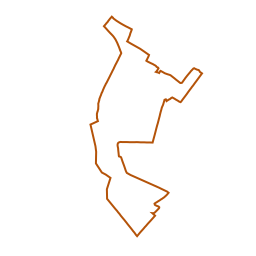 Marg, Al Qahirah, Egypt (Natural Earth projection), rotated 114°
{"feature_id": "37247803B51665438591487", "entity_name": "Marg", "entity_type": "district", "adm_level": 2, "iso_a3": "EGY", "parent_name": "Egypt", "parent_adm1": "Al Qahirah", "projection": "natural_earth1", "projection_center": [31.344, 30.156], "detail": "fine", "context": "isolated", "style": "outline", "palette": "amber", "viewbox_px": 256, "rotation_deg": 114, "n_neighbors": 0, "source": "geoboundaries", "source_scale": "gbopen_adm2", "svg_char_len": 5569}
<svg xmlns="http://www.w3.org/2000/svg" viewBox="0 0 256 256"><g transform="rotate(114 128 128)"><path d="M47.5,85.1L46.7,86.2L46.3,87.0L46.4,87.6L46.6,88.4L46.6,89.3L46.6,90.1L46.6,91.0L46.5,91.9L47.2,92.5L47.8,92.7L48.4,92.9L50.3,93.6L51.0,93.8L52.0,94.0L52.9,94.3L53.6,94.5L56.1,95.2L56.9,95.4L58.5,95.8L59.3,96.0L59.9,96.1L60.6,96.2L61.3,96.4L61.8,96.5L62.4,96.6L63.2,96.8L64.0,96.9L64.9,97.2L65.6,98.5L65.2,100.2L64.9,101.3L64.4,103.4L64.1,104.5L63.8,105.5L63.0,108.7L62.8,109.5L62.6,110.2L62.5,111.1L62.6,112.0L62.8,113.7L63.0,116.3L63.0,117.0L62.9,117.7L62.8,118.4L62.8,119.2L62.6,120.5L62.6,121.6L65.1,121.9L65.0,122.9L65.3,124.0L65.4,125.3L64.7,125.0L63.9,124.8L63.3,124.7L62.5,124.6L61.1,124.4L60.6,125.0L60.6,126.2L60.4,127.0L60.0,127.6L59.8,128.5L59.7,129.8L59.5,131.4L59.5,132.9L59.4,135.6L59.3,137.5L59.1,138.6L57.2,138.5L54.1,138.4L52.7,138.5L52.2,141.2L51.5,144.8L50.7,149.1L50.0,156.7L49.7,159.9L49.2,164.0L48.4,163.9L47.1,163.9L44.3,164.0L43.1,164.0L42.3,164.1L40.3,164.4L39.2,164.4L38.2,164.5L37.4,164.5L36.3,164.7L36.0,169.5L36.0,170.7L35.7,174.5L35.4,177.4L34.7,182.2L33.8,186.1L33.4,186.5L32.9,188.1L33.3,188.2L34.2,188.5L34.7,188.6L35.1,188.8L35.8,189.0L36.5,189.1L36.8,189.2L37.1,189.3L37.4,189.4L38.0,189.5L38.5,189.6L38.8,189.7L39.0,189.7L39.3,189.7L39.4,189.8L39.9,189.9L41.0,190.3L41.4,190.4L42.2,190.6L43.0,190.8L43.4,191.0L44.4,191.2L44.5,191.3L44.8,191.4L44.9,191.2L45.2,190.5L45.4,189.8L45.6,189.5L46.0,188.5L46.8,186.8L47.6,185.0L48.1,183.8L48.3,183.4L48.7,182.3L48.9,182.0L48.9,181.9L49.0,181.5L49.3,180.8L49.5,180.4L49.8,179.6L50.1,179.0L50.2,178.8L50.4,178.4L51.2,177.0L51.6,176.5L51.7,176.2L51.9,176.0L52.0,175.7L52.3,175.3L53.7,173.6L54.1,173.1L54.3,172.8L54.8,172.3L55.0,172.1L55.1,171.9L55.4,171.6L55.6,171.5L55.9,171.1L56.1,170.9L56.3,170.7L57.5,169.4L58.7,168.2L59.3,167.6L59.5,167.5L59.7,167.2L59.9,167.1L60.0,166.9L60.4,166.6L61.1,165.8L61.9,165.0L62.4,164.6L62.6,164.6L63.1,164.6L63.5,164.6L64.4,164.7L64.7,164.7L65.7,164.7L66.0,164.7L67.3,164.8L67.6,164.8L68.3,164.8L68.5,164.8L68.9,164.8L69.1,164.8L69.5,164.8L69.8,164.8L70.2,164.8L70.9,164.9L71.6,164.9L71.8,164.9L72.3,165.0L72.9,165.0L73.6,165.0L74.0,165.1L74.5,165.1L74.8,165.1L75.0,165.1L75.6,165.2L75.8,165.2L76.1,165.2L76.5,165.2L77.0,165.2L77.4,165.2L77.6,165.2L78.5,165.3L79.3,165.2L80.7,165.3L82.2,165.4L83.4,165.4L84.7,165.5L85.5,165.5L86.9,165.6L87.6,165.6L95.6,166.0L95.9,166.1L96.1,166.1L96.4,166.1L96.6,166.2L96.9,166.2L97.5,166.2L97.8,166.2L98.3,166.2L98.6,166.2L99.1,166.3L99.3,166.3L99.8,166.3L100.2,166.3L100.7,166.3L101.7,166.3L102.6,166.3L102.8,166.3L103.9,166.3L104.3,166.2L104.9,166.2L105.6,166.2L106.3,166.2L106.4,166.3L106.6,166.3L106.9,166.3L108.1,166.2L108.7,166.1L109.1,166.1L110.0,166.1L110.5,166.1L111.8,166.0L112.1,166.0L112.4,166.0L112.8,166.0L113.0,165.9L113.3,165.9L113.5,165.9L113.8,165.7L114.1,165.6L114.5,165.6L114.8,165.5L115.1,165.5L116.0,165.3L117.0,165.2L117.4,165.1L117.8,165.1L118.0,165.0L118.2,164.9L118.4,164.8L118.8,164.6L119.4,164.3L119.6,164.2L120.1,164.0L120.5,163.8L121.4,163.5L121.6,163.4L121.9,163.3L122.0,163.3L122.1,163.2L122.3,163.1L122.7,162.9L123.5,162.8L124.1,162.7L124.7,162.6L125.0,162.5L125.3,162.5L125.7,162.5L125.9,162.5L126.0,162.5L126.2,162.4L126.9,162.3L127.3,162.2L127.6,162.2L127.8,162.1L128.0,162.0L128.3,161.9L128.8,161.7L129.9,161.1L130.5,160.8L131.0,160.6L131.4,160.5L131.9,160.1L132.3,159.6L132.9,159.2L133.0,159.1L133.5,158.8L133.7,158.5L133.9,158.4L134.0,158.3L138.2,162.0L140.1,163.7L157.9,150.3L162.7,147.4L173.4,142.9L179.3,133.8L179.6,129.4L180.7,123.7L192.5,122.4L201.2,118.3L207.1,106.6L208.2,104.2L209.0,102.8L210.0,100.7L211.0,99.0L212.2,96.6L213.7,93.5L214.2,92.6L215.0,91.0L215.9,89.4L218.0,85.3L218.5,84.3L220.2,81.2L220.8,79.9L221.3,79.0L222.3,77.4L223.1,75.7L219.1,74.6L218.4,74.4L213.8,72.9L211.3,72.2L210.6,71.9L207.2,70.9L203.7,69.7L197.1,67.6L196.6,69.0L195.9,71.1L195.7,70.5L195.2,69.8L194.6,69.3L193.9,69.0L192.4,68.4L191.1,67.9L189.1,67.2L188.5,67.0L187.7,67.2L187.3,68.2L187.4,69.3L187.4,70.2L187.4,71.5L187.2,72.3L186.3,73.0L185.4,72.5L184.7,72.0L183.4,71.1L182.7,70.7L181.3,69.7L179.6,68.7L179.0,68.2L177.6,67.4L177.0,67.0L176.4,66.7L175.8,66.4L175.2,66.2L174.7,65.9L174.1,65.7L173.4,65.4L172.1,65.0L171.4,64.8L170.7,64.6L170.2,66.3L170.0,73.2L169.9,75.3L169.9,85.7L169.9,89.0L169.9,94.1L169.9,97.2L169.9,100.3L169.9,106.6L169.5,110.8L168.9,111.6L168.0,112.6L164.3,116.0L160.4,119.8L159.8,120.3L159.3,120.8L158.5,121.5L157.7,122.3L157.4,122.9L157.5,123.8L157.6,124.7L157.1,125.1L156.0,125.7L154.1,126.8L153.1,127.4L151.5,128.3L150.5,128.8L150.0,129.2L149.3,129.7L148.4,130.3L147.6,130.7L146.8,130.9L146.1,131.0L145.2,130.7L144.4,130.0L143.7,129.0L143.4,128.1L142.8,126.6L142.3,125.6L141.2,123.1L140.9,122.2L140.6,121.5L140.3,120.7L140.0,120.1L139.2,118.2L138.5,116.6L138.1,115.8L137.6,114.8L137.2,113.9L136.2,111.3L135.8,110.2L134.6,107.6L133.7,105.3L132.9,103.4L132.6,102.7L132.2,101.9L131.9,101.0L131.3,99.6L124.9,100.6L124.2,100.7L123.0,100.9L120.6,101.3L118.3,101.7L114.0,102.4L112.4,102.6L111.6,102.7L106.8,103.5L104.3,103.9L101.8,104.4L100.6,104.6L100.1,104.7L99.3,104.8L98.6,104.9L97.9,105.0L96.7,105.2L95.6,105.4L94.7,105.4L94.0,105.4L92.5,105.4L88.0,106.0L87.4,106.1L86.4,105.1L86.8,104.5L87.7,103.7L87.2,103.4L86.4,102.9L85.6,102.4L84.7,101.6L84.1,101.2L83.3,100.9L82.1,100.0L82.2,98.8L82.3,97.5L82.6,95.7L82.7,94.5L82.8,93.5L83.1,91.8L83.0,90.5L82.3,90.2L79.4,89.6L78.7,89.4L77.7,89.2L76.5,88.9L73.0,88.1L70.4,87.6L67.7,87.0L65.6,86.5L64.5,86.3L62.7,85.8L60.2,85.3L57.6,84.7L54.9,84.1L48.0,82.6L47.5,85.1Z" fill="none" stroke="#b45309" stroke-width="2"/></g></svg>